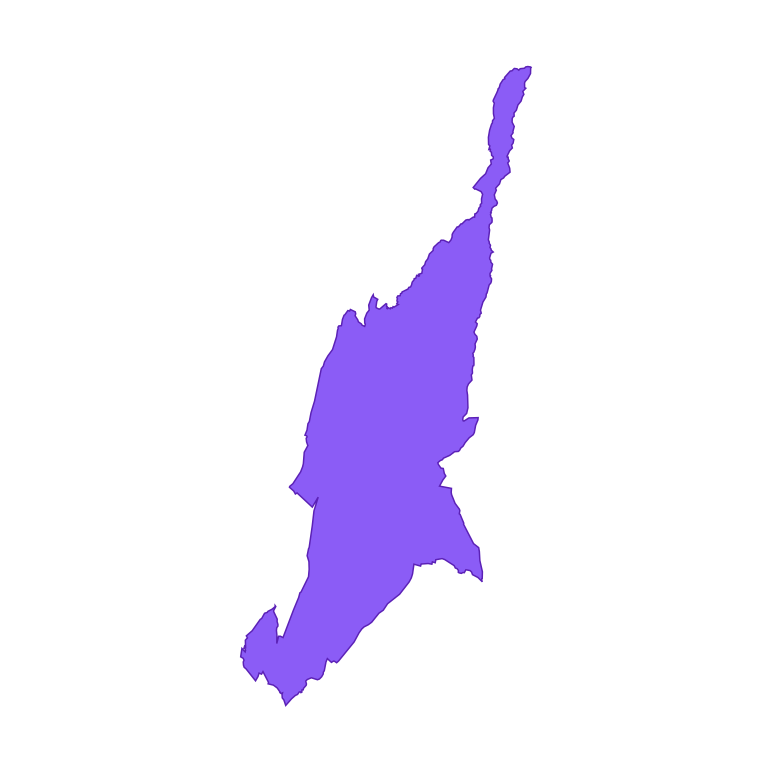 Xiutetelco, Puebla, Mexico (Equal Earth projection), rotated 5°
{"feature_id": "50627088B11716767923603", "entity_name": "Xiutetelco", "entity_type": "district", "adm_level": 2, "iso_a3": "MEX", "parent_name": "Mexico", "parent_adm1": "Puebla", "projection": "equal_earth", "projection_center": [-97.339, 19.746], "detail": "fine", "context": "isolated", "style": "filled", "palette": "violet", "viewbox_px": 768, "rotation_deg": 5, "n_neighbors": 0, "source": "geoboundaries", "source_scale": "gbopen_adm2", "svg_char_len": 6133}
<svg xmlns="http://www.w3.org/2000/svg" viewBox="0 0 768 768"><g transform="rotate(5 384 384)"><path d="M323.3,512.9L328.3,502.4L325.3,516.5L324.9,531.6L323.7,553.4L323.2,554.6L322.4,561.8L324.7,567.5L325.6,575.2L325.6,582.6L319.5,598.4L318.4,599.4L317.6,604.1L313.5,617.1L305.5,645.4L302.8,644.3L301.0,644.5L299.8,651.9L299.2,643.6L298.3,638.8L298.4,636.1L299.4,634.5L299.3,632.8L298.2,629.9L298.1,627.5L294.0,620.5L293.8,619.4L295.6,615.1L294.9,614.3L295.0,615.2L292.1,618.1L288.2,620.6L287.6,621.7L285.0,622.8L282.6,628.2L281.2,629.3L274.2,641.3L268.8,646.9L270.1,648.8L268.2,651.3L269.0,658.0L268.0,657.2L267.5,659.5L268.5,659.6L269.3,661.4L269.0,663.0L265.5,659.8L265.0,668.3L267.6,669.5L268.6,671.3L268.0,673.2L268.5,676.3L269.4,678.4L271.4,679.8L281.9,690.9L284.0,686.4L284.7,682.9L287.3,683.7L288.5,681.1L294.9,691.2L294.7,692.8L300.0,693.6L304.1,696.1L307.4,700.1L307.2,700.5L308.5,701.3L309.8,700.6L309.5,702.4L310.0,705.6L311.8,707.5L314.1,712.8L319.3,705.7L322.8,702.0L324.9,700.8L326.4,698.2L327.6,698.0L328.1,698.7L329.0,698.2L328.9,696.0L330.2,695.7L330.3,694.3L332.7,691.0L332.9,689.6L331.9,686.8L333.3,685.1L337.2,683.0L343.5,684.4L345.4,683.5L347.4,681.1L348.7,678.3L348.7,676.3L349.5,674.9L350.4,666.1L351.5,662.5L355.9,665.9L357.7,664.5L358.8,664.5L361.1,665.8L362.9,663.9L376.7,643.6L380.8,634.1L383.2,630.0L385.4,627.6L389.3,625.2L392.5,622.4L398.9,612.8L403.0,609.4L406.7,602.6L417.9,592.0L426.3,579.0L428.1,574.8L429.0,570.6L429.5,560.9L436.3,562.2L436.7,560.1L443.6,559.0L447.4,559.3L447.7,557.0L450.6,557.6L450.9,554.5L457.1,552.9L459.8,553.6L469.7,558.8L471.1,561.1L472.9,561.6L474.4,563.3L474.4,565.1L475.3,565.6L477.6,565.9L479.1,564.9L480.4,565.0L481.8,561.9L486.1,562.4L487.6,563.7L488.8,566.2L494.5,568.6L499.2,572.5L498.5,571.0L498.4,569.4L498.8,569.2L498.4,562.5L494.9,551.6L493.6,542.6L492.6,538.8L487.1,535.2L475.5,516.8L475.6,515.7L471.2,507.3L470.3,506.8L470.6,503.5L469.9,502.0L465.2,496.7L461.0,488.4L460.4,486.2L460.3,482.1L448.2,480.9L451.0,474.5L453.6,470.3L451.9,467.9L450.4,463.0L448.0,462.8L445.1,459.3L444.5,457.7L446.7,455.4L448.8,454.3L449.7,452.7L455.8,449.3L460.2,445.3L463.9,444.7L465.0,443.6L466.0,441.2L468.2,439.0L469.9,435.4L473.6,430.1L477.3,426.7L478.2,424.5L478.9,417.2L480.7,411.6L480.7,409.3L471.5,410.4L467.1,413.8L466.2,413.9L465.5,412.5L465.7,410.0L468.9,406.1L469.7,400.4L468.2,387.7L467.1,383.2L467.1,379.7L468.2,376.5L471.3,372.4L470.2,367.4L471.2,365.4L470.7,361.9L470.9,358.4L471.8,357.9L471.9,356.7L471.2,349.7L470.3,348.8L470.4,347.3L469.8,345.7L470.7,344.5L471.6,341.5L471.8,339.2L471.2,336.1L473.0,331.1L472.3,328.4L470.2,326.5L469.1,324.4L471.4,318.0L471.6,315.8L469.7,314.3L471.4,310.2L472.7,309.8L473.5,308.5L473.5,306.3L474.7,305.0L473.7,302.0L475.4,293.8L478.0,288.5L478.1,285.3L478.7,284.4L480.1,276.2L481.6,274.1L482.0,272.5L482.0,269.9L480.4,267.7L480.7,266.8L480.1,266.4L480.0,264.6L481.6,261.3L481.1,260.1L481.7,255.2L479.9,253.4L479.5,251.4L478.6,250.7L478.2,249.2L479.2,244.4L481.3,243.0L479.1,241.3L478.9,240.2L477.7,238.8L478.0,236.5L476.6,234.7L476.5,233.4L475.4,231.3L475.8,221.4L475.0,219.0L475.1,216.1L477.4,213.6L477.5,212.2L477.1,209.2L476.2,208.5L475.3,205.8L475.9,204.0L475.3,203.7L476.1,201.7L476.2,199.5L478.0,197.5L480.4,196.1L481.2,193.8L480.4,191.9L478.6,190.0L477.4,185.9L479.0,181.1L478.2,179.7L478.4,178.8L481.6,174.6L482.6,170.2L485.2,168.3L486.2,166.5L491.1,162.0L490.4,158.1L488.0,153.0L489.2,151.3L489.1,150.2L488.3,149.6L487.9,147.2L487.1,147.4L486.7,146.4L488.9,140.6L491.3,137.7L490.3,134.9L491.6,132.8L492.0,129.1L489.9,127.7L488.9,125.5L490.7,122.5L490.4,121.3L491.3,116.1L488.8,112.0L488.6,108.3L489.2,106.8L490.3,105.9L489.9,102.7L492.0,99.7L493.1,94.4L495.9,90.2L496.8,85.9L498.1,83.3L496.8,80.4L499.5,77.0L498.3,76.5L497.8,72.0L498.2,70.4L500.7,67.1L502.9,62.0L502.6,56.6L503.0,55.8L502.4,55.4L499.6,55.2L497.5,55.8L496.4,57.2L492.2,58.0L490.9,59.6L489.0,58.4L486.3,58.3L484.1,60.9L482.5,61.2L477.4,68.1L477.8,69.4L476.1,70.4L473.6,75.1L473.0,78.6L471.8,80.3L472.0,80.8L471.0,84.0L468.1,91.8L468.1,92.9L469.4,94.6L468.9,99.3L469.5,105.3L470.8,109.7L469.2,112.2L469.2,114.6L468.5,115.7L467.1,121.9L466.5,129.1L467.3,136.3L468.7,137.6L468.0,141.3L468.8,141.1L469.0,140.5L469.6,141.2L469.4,142.8L470.8,143.8L471.3,146.9L472.9,148.0L473.2,149.4L472.9,150.4L470.7,151.6L471.7,155.5L468.8,159.5L466.9,165.7L462.2,170.8L455.7,180.5L457.5,182.0L458.3,181.7L463.9,183.8L465.7,186.4L465.0,191.1L465.5,195.5L464.4,196.7L464.2,197.5L464.8,198.3L463.2,200.5L462.6,203.7L461.0,206.0L459.7,206.6L459.7,209.9L458.4,209.9L454.3,213.2L453.5,212.8L451.3,213.5L447.8,217.6L446.7,217.8L444.4,221.0L443.2,221.1L439.8,226.8L438.9,228.9L439.0,231.9L438.1,234.8L436.2,237.5L431.0,235.6L428.8,235.7L428.0,236.1L427.5,237.6L426.0,238.5L421.9,243.0L421.2,244.7L421.3,246.7L417.9,250.6L416.7,255.5L414.8,258.5L414.2,261.7L411.6,265.1L411.6,265.9L412.4,266.2L412.0,270.4L408.9,271.7L409.2,272.4L409.8,272.4L409.8,273.3L408.8,273.7L408.5,273.0L407.1,272.9L406.4,276.0L404.9,276.4L404.9,277.5L403.2,280.1L402.8,282.9L402.0,285.0L400.3,285.6L399.6,287.3L394.0,290.7L393.7,292.0L392.6,292.6L392.4,294.6L390.0,295.1L389.3,296.8L390.0,298.0L389.6,299.3L389.8,300.4L390.6,301.0L389.7,303.0L391.3,303.6L387.3,306.5L386.3,306.1L385.8,307.6L384.2,307.4L383.7,308.5L381.8,307.7L381.0,308.7L380.3,308.5L380.5,306.8L379.8,306.6L379.7,304.1L379.0,303.8L373.2,309.7L372.1,309.7L369.6,308.7L369.3,307.6L369.6,302.3L370.4,300.2L366.1,298.2L365.5,296.0L364.1,298.9L361.9,306.7L362.8,311.7L360.7,314.9L359.0,320.8L359.5,325.0L360.2,326.0L359.7,328.3L357.0,327.3L356.3,326.2L353.1,324.3L352.2,322.3L349.3,318.6L349.7,316.5L349.1,314.6L344.0,312.7L343.4,314.3L341.6,314.0L339.0,318.4L338.2,319.0L337.0,323.2L336.5,329.6L333.9,330.1L333.2,331.4L333.5,332.8L333.0,334.4L332.6,341.2L329.7,354.2L325.7,360.8L322.8,367.1L322.0,371.4L320.2,374.2L316.3,407.1L313.8,419.0L312.9,427.8L311.7,430.2L311.3,436.7L309.7,441.9L311.4,442.3L312.0,443.4L311.2,444.9L311.9,448.4L313.5,452.0L310.5,458.9L310.6,470.5L310.1,473.7L308.6,478.8L301.9,491.3L299.0,494.2L298.8,495.1L303.4,498.5L305.3,501.3L306.9,500.1L323.3,512.9Z" fill="#8b5cf6" stroke="#5b21b6" stroke-width="1.5"/></g></svg>